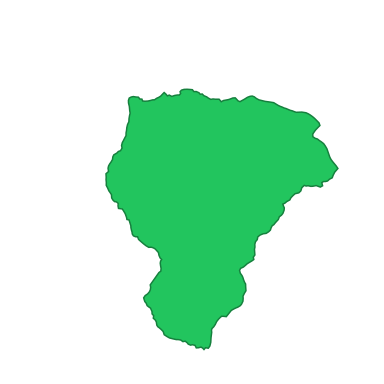 Itatinga, São Paulo, Brazil (orthographic projection), rotated 216°
{"feature_id": "56859067B26400224178841", "entity_name": "Itatinga", "entity_type": "district", "adm_level": 2, "iso_a3": "BRA", "parent_name": "Brazil", "parent_adm1": "São Paulo", "projection": "orthographic", "projection_center": [-48.634, -23.143], "detail": "fine", "context": "isolated", "style": "filled", "palette": "green", "viewbox_px": 384, "rotation_deg": 216, "n_neighbors": 0, "source": "geoboundaries", "source_scale": "gbopen_adm2", "svg_char_len": 3849}
<svg xmlns="http://www.w3.org/2000/svg" viewBox="0 0 384 384"><g transform="rotate(216 192 192)"><path d="M258.8,270.3L260.4,268.2L260.6,266.1L259.1,265.0L259.2,263.1L260.7,262.0L262.7,260.0L264.5,257.5L267.4,257.0L268.4,255.3L270.8,255.9L273.0,256.1L273.3,254.1L273.7,251.1L274.6,248.9L275.7,247.0L276.5,244.6L278.1,243.3L279.5,241.5L281.1,239.7L283.4,237.8L285.5,236.6L287.1,237.7L288.8,236.6L291.1,237.2L293.2,235.9L295.6,234.7L297.1,233.0L298.0,231.1L297.3,228.8L295.7,226.7L293.0,224.4L290.3,221.3L288.4,219.4L287.4,217.0L286.0,214.2L284.4,211.8L283.8,208.7L282.6,205.8L281.2,203.4L280.1,201.1L278.5,198.8L278.1,195.7L277.7,193.3L277.4,191.0L276.3,188.2L274.4,186.4L274.1,183.4L275.4,181.5L275.7,179.3L277.1,176.1L276.7,173.9L275.4,171.5L275.1,168.4L275.1,166.3L274.8,164.0L273.9,161.9L271.6,159.5L272.3,156.2L270.1,153.5L268.8,151.5L266.8,149.2L265.3,147.0L262.5,145.6L260.0,144.1L257.9,143.4L255.6,142.5L253.5,140.0L251.2,139.0L249.0,138.7L247.4,139.6L245.0,139.4L243.7,137.3L241.8,135.5L238.4,137.3L235.8,136.3L233.3,135.2L231.8,134.2L229.8,132.8L228.5,131.5L226.5,132.4L224.4,130.8L221.7,128.8L220.4,127.2L218.5,125.5L217.0,124.4L215.6,122.9L213.6,122.1L211.4,122.6L209.7,123.8L207.3,122.2L204.2,121.9L200.7,121.6L197.8,121.5L194.5,121.8L192.5,123.4L190.4,124.1L188.2,124.3L186.4,123.9L183.6,123.3L181.4,121.3L179.0,119.9L176.9,119.6L176.8,117.7L175.9,115.8L174.1,113.9L172.0,111.9L170.7,109.6L171.4,107.4L171.2,92.3L169.4,90.6L168.2,88.3L167.8,86.2L168.0,83.4L169.0,80.7L168.9,78.0L167.4,76.8L165.7,75.6L163.7,75.1L161.5,73.7L159.1,73.6L157.4,73.7L154.1,71.8L152.6,69.9L150.3,69.4L149.1,67.1L146.7,66.9L144.6,66.0L142.2,63.6L140.5,62.9L138.5,62.9L136.2,62.7L133.3,62.2L130.6,60.2L127.0,60.4L124.4,60.7L120.9,62.1L118.1,63.3L116.6,64.4L114.2,65.6L111.4,65.6L109.8,67.3L107.3,67.2L105.6,66.7L103.1,67.3L101.9,68.7L99.4,69.7L96.9,68.4L95.1,69.9L93.6,71.8L91.7,72.0L89.7,71.6L89.5,74.0L87.0,75.2L87.0,77.8L87.7,79.6L88.5,81.5L90.2,84.1L91.2,85.7L92.5,88.1L93.6,90.1L94.9,91.5L95.6,93.2L95.2,95.7L95.3,98.5L95.9,101.6L95.8,104.6L95.5,106.7L95.0,108.9L93.2,110.1L91.0,111.3L90.7,117.4L90.6,119.3L89.5,121.8L88.3,124.1L87.3,125.6L86.1,128.5L86.0,130.4L86.6,133.6L88.1,136.0L89.5,137.7L90.1,141.1L90.3,143.8L92.8,146.8L94.6,149.1L96.3,149.8L98.8,151.4L100.8,152.9L102.5,153.8L105.2,154.7L107.5,156.6L107.8,158.8L106.3,161.5L105.6,164.3L105.2,166.3L104.4,168.3L103.1,171.3L102.3,173.7L104.1,175.3L104.1,178.0L106.3,180.6L107.8,182.4L108.7,184.4L110.5,186.7L111.4,189.2L111.2,191.8L112.4,194.4L111.6,197.2L109.9,200.0L107.7,202.1L106.6,204.9L106.2,207.3L106.9,209.3L107.3,211.8L106.6,213.7L106.5,216.2L106.0,220.5L106.8,223.3L106.0,225.8L105.9,228.2L106.8,231.4L108.0,233.4L109.7,234.4L111.4,235.6L110.3,237.5L109.7,240.0L108.2,243.1L108.6,245.5L108.2,248.4L107.6,251.2L105.1,254.1L104.6,256.9L105.7,260.0L105.1,263.3L103.2,263.9L101.8,265.3L99.2,266.4L97.7,267.6L95.3,270.2L91.1,271.4L90.0,273.8L92.5,275.9L91.8,277.7L90.0,279.1L88.8,280.6L88.3,283.1L86.9,285.9L87.6,288.3L88.2,291.8L87.8,296.8L90.9,297.9L96.0,299.2L98.6,300.0L101.0,301.2L108.3,306.3L111.3,307.6L113.9,308.5L117.1,308.6L119.2,308.5L121.7,308.6L124.1,307.8L126.8,307.8L128.4,310.0L128.5,314.6L128.0,318.4L127.6,321.0L129.9,322.6L136.0,323.6L138.6,323.8L141.7,323.8L143.9,323.6L146.4,323.1L150.1,321.2L154.6,317.7L156.6,317.1L158.6,316.6L160.6,315.8L165.0,314.8L166.9,314.1L169.0,313.7L171.1,313.1L173.3,312.7L178.4,312.3L182.0,310.5L186.1,308.3L192.0,305.9L194.9,305.5L197.6,305.6L199.7,305.0L201.3,303.5L202.8,301.2L204.2,297.7L206.3,293.3L208.3,292.8L212.3,293.6L214.2,292.1L215.8,289.6L216.9,288.1L220.3,284.5L221.4,282.2L224.6,283.0L227.6,280.8L229.7,279.6L231.2,278.0L233.9,277.6L236.1,277.6L239.0,276.9L241.3,277.3L242.8,275.9L244.7,276.4L247.5,275.8L249.6,274.3L251.8,275.0L253.7,273.9L256.4,272.2L258.8,270.3Z" fill="#22c55e" stroke="#15803d" stroke-width="1.5"/></g></svg>